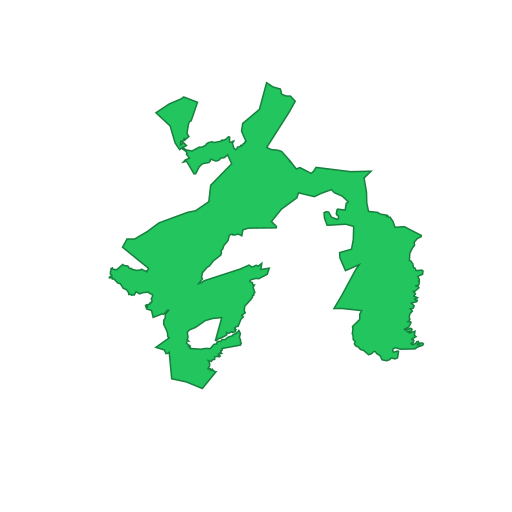 outline of Miahuatlán de Porfirio Díaz, Oaxaca, Mexico, rotated 231°
{"feature_id": "50627088B48092332426149", "entity_name": "Miahuatlán de Porfirio Díaz", "entity_type": "district", "adm_level": 2, "iso_a3": "MEX", "parent_name": "Mexico", "parent_adm1": "Oaxaca", "projection": "equal_earth", "projection_center": [-96.649, 16.361], "detail": "fine", "context": "isolated", "style": "filled", "palette": "green", "viewbox_px": 512, "rotation_deg": 231, "n_neighbors": 0, "source": "geoboundaries", "source_scale": "gbopen_adm2", "svg_char_len": 6132}
<svg xmlns="http://www.w3.org/2000/svg" viewBox="0 0 512 512"><g transform="rotate(231 256 256)"><path d="M213.6,113.2L202.1,122.5L186.8,130.9L191.2,152.0L191.9,151.2L194.2,150.9L194.6,150.0L195.7,150.7L196.1,148.5L197.3,149.4L198.6,147.8L199.8,150.9L202.1,152.6L204.9,153.1L202.1,155.1L202.8,156.5L201.7,158.9L203.6,160.3L202.5,162.7L200.7,164.0L200.7,165.2L201.7,165.1L202.0,163.9L202.6,165.3L203.5,165.1L202.0,167.8L203.3,167.4L203.2,168.6L204.7,169.2L204.2,170.5L205.5,171.4L196.5,187.9L197.6,189.8L199.1,189.7L199.9,190.9L203.3,192.0L205.6,195.1L209.7,196.0L208.5,195.2L208.4,191.7L209.3,188.7L208.8,187.8L210.6,182.9L210.5,179.3L212.4,177.0L211.8,174.7L213.1,173.5L213.6,171.4L212.5,170.2L213.8,167.6L212.8,162.2L215.9,158.7L218.2,154.6L225.7,146.5L226.6,147.7L227.9,146.7L227.9,148.1L231.8,147.0L233.4,149.2L232.4,150.1L234.5,150.0L235.5,152.0L240.0,154.6L240.4,157.9L238.6,163.8L237.7,176.0L234.6,183.2L229.7,190.6L215.9,171.4L215.2,172.2L215.4,175.2L214.5,176.2L213.3,182.0L213.2,183.9L215.0,184.9L213.0,186.4L212.5,189.6L211.4,189.5L210.2,192.3L210.6,193.1L212.0,193.0L211.6,194.1L213.5,194.1L213.4,196.8L212.6,197.8L216.3,204.5L216.7,207.9L218.9,207.6L218.6,212.6L219.1,211.7L220.9,212.6L224.0,215.5L225.4,224.4L226.3,227.5L227.3,228.4L227.0,229.8L228.4,230.8L228.3,232.1L233.6,234.1L234.4,236.6L235.8,235.3L237.6,236.5L239.7,235.0L240.6,235.5L240.7,237.1L238.7,241.7L236.6,243.9L234.7,253.1L238.2,258.7L242.4,251.3L246.7,255.9L246.7,251.4L248.7,250.3L249.8,245.9L253.3,244.9L255.9,235.3L269.4,200.1L269.6,197.3L270.7,194.1L271.9,200.0L273.9,200.4L276.7,204.0L278.0,211.1L277.5,213.3L279.0,219.6L278.9,229.3L280.3,231.2L282.0,232.1L282.4,234.6L284.3,237.5L285.6,244.0L289.0,248.5L288.0,251.3L287.2,251.1L285.8,252.5L284.2,256.0L280.6,257.7L284.5,262.2L282.4,267.7L265.1,289.5L266.1,290.5L273.1,289.7L276.4,305.3L275.5,324.3L278.3,328.8L265.4,338.7L263.7,345.9L260.1,356.4L255.9,356.7L248.2,360.7L240.3,361.8L239.9,361.5L240.2,359.3L235.6,354.2L241.1,348.9L241.0,348.2L238.7,345.3L237.3,344.6L235.3,345.2L233.5,344.0L233.2,342.2L238.6,339.1L244.5,340.1L246.3,338.4L246.8,336.1L242.4,333.1L235.1,330.6L224.3,345.7L217.5,350.5L207.5,341.9L201.2,334.5L206.0,323.1L201.6,320.0L188.3,316.3L184.3,330.8L182.7,325.0L171.2,297.4L166.1,283.5L161.0,289.9L147.1,303.7L145.5,300.0L141.4,296.7L140.5,286.6L138.3,285.4L134.8,281.7L133.4,281.6L129.8,278.9L127.2,279.4L125.9,277.2L123.5,276.9L120.7,278.3L117.7,278.3L114.8,280.2L108.4,281.4L107.4,284.0L107.6,287.4L106.7,288.6L104.0,288.4L100.4,289.7L95.9,288.7L92.4,291.6L91.4,294.4L91.5,297.0L88.5,299.3L87.8,301.9L92.1,306.7L93.0,306.4L94.3,303.0L95.3,302.2L97.4,303.4L97.4,305.4L96.5,307.1L92.8,309.4L83.8,321.0L83.6,324.0L81.7,329.4L82.4,330.8L83.5,330.7L84.9,328.9L85.0,327.7L84.3,327.1L85.4,325.7L86.1,328.1L87.5,328.4L88.2,326.8L87.6,325.6L88.2,322.4L89.6,321.2L90.5,321.6L89.7,323.5L90.7,325.3L91.7,325.6L92.9,324.5L93.4,325.0L92.6,329.7L94.7,329.2L97.5,332.2L99.6,326.7L101.8,326.2L100.0,328.3L100.5,330.9L101.7,331.2L102.6,330.6L104.5,325.3L105.7,325.3L104.7,329.9L106.6,334.4L107.7,334.8L109.4,332.7L109.8,335.6L112.5,336.9L114.3,339.4L114.7,342.8L117.9,342.8L116.7,344.5L116.6,345.9L117.8,347.6L121.7,347.0L119.5,351.8L119.6,353.0L120.3,353.5L121.5,352.2L122.7,352.2L121.9,355.3L125.5,353.5L126.3,356.2L129.4,356.0L128.6,357.3L128.8,362.7L130.6,362.7L132.6,360.9L131.0,363.9L132.2,365.8L133.1,366.7L134.3,366.6L134.2,367.5L135.1,368.3L138.5,368.8L136.9,373.9L139.3,376.4L140.6,376.1L143.8,371.3L146.4,371.9L148.1,371.2L151.2,372.9L154.6,373.2L155.9,372.4L161.2,377.1L163.7,382.5L164.5,385.9L167.1,387.6L168.0,392.2L167.1,396.5L167.9,397.4L185.5,389.7L190.8,382.1L196.6,384.2L201.8,384.6L202.8,383.3L204.2,383.7L204.6,382.5L205.3,383.4L210.2,379.1L213.6,377.8L219.8,371.5L227.4,375.4L236.0,382.0L248.6,389.1L249.5,398.8L261.9,382.7L287.1,358.4L285.7,354.2L285.4,350.9L297.1,345.8L298.3,342.1L308.2,342.3L308.1,340.9L308.5,342.3L321.2,341.7L324.8,339.3L328.9,335.0L333.6,332.6L347.1,372.8L351.6,383.9L358.6,383.4L361.1,380.4L364.8,378.1L366.8,377.9L367.6,378.9L370.5,380.0L376.7,375.6L384.0,373.3L367.8,350.9L367.4,329.1L362.1,323.3L351.2,320.3L351.6,319.0L350.8,318.0L351.3,316.8L350.5,315.2L350.6,314.1L351.5,314.1L351.1,312.4L352.2,310.3L351.3,308.2L351.5,307.0L353.8,306.7L358.4,308.6L359.3,311.0L359.9,309.9L359.6,308.8L361.3,307.2L365.0,310.3L366.0,309.8L365.7,306.6L366.5,302.9L367.5,302.8L367.5,300.4L370.6,294.8L372.4,293.8L374.1,290.3L374.3,288.0L373.7,286.6L374.6,282.4L376.3,280.5L377.9,272.3L382.5,268.4L386.5,267.3L385.6,271.5L390.9,270.9L389.6,269.0L389.8,267.2L392.5,269.7L391.5,270.8L391.5,273.5L390.7,273.5L391.0,274.3L392.1,274.2L391.0,275.4L391.0,279.0L394.8,279.6L401.3,286.9L402.2,288.9L401.9,290.8L412.3,307.3L425.1,299.9L425.2,296.9L428.8,284.1L430.3,268.4L411.1,271.1L394.8,264.3L386.7,263.6L386.6,265.9L381.2,267.5L379.2,267.1L378.9,266.0L373.9,265.8L375.2,261.6L374.7,258.6L373.3,261.7L358.8,259.5L357.9,260.9L361.1,268.2L361.4,272.4L358.3,278.2L358.5,280.0L359.7,281.7L355.0,284.6L354.4,285.8L353.8,287.6L354.2,290.2L352.4,293.2L352.4,297.6L343.0,295.1L339.5,265.3L327.9,253.5L329.2,237.5L333.0,230.3L342.8,201.4L343.4,187.1L345.6,172.3L350.4,166.5L346.8,157.8L314.0,164.7L312.4,161.3L313.4,161.5L314.1,160.3L317.8,158.7L317.6,157.9L319.9,154.2L323.5,151.3L324.4,151.5L326.1,149.9L328.9,150.1L331.9,147.3L333.3,147.1L333.0,139.0L335.8,136.5L337.1,136.9L337.4,135.1L336.0,134.5L335.6,133.2L333.2,131.2L331.4,131.7L331.0,130.7L331.9,128.9L331.3,128.3L329.6,130.6L328.5,129.9L327.8,131.1L321.9,131.6L319.8,133.1L314.4,132.5L311.4,134.1L309.1,134.1L306.2,133.2L306.3,132.3L305.6,134.1L303.6,134.7L303.3,136.1L302.3,136.7L303.7,140.4L299.9,141.6L298.5,145.3L295.6,149.7L294.0,149.7L291.2,151.3L289.0,149.1L289.0,147.9L286.0,146.6L286.2,145.6L285.6,145.0L286.2,144.0L285.4,143.5L286.5,140.8L283.9,139.2L287.0,140.0L287.1,139.0L283.6,137.7L279.4,140.5L273.0,137.4L270.2,146.3L269.1,147.3L268.9,150.3L269.8,152.6L268.8,153.5L268.9,154.8L267.7,148.7L264.9,146.4L264.2,144.0L261.0,141.3L252.7,139.2L248.9,136.7L247.0,137.1L248.0,120.7L240.7,125.6L236.7,124.6L235.5,126.9L235.7,127.9L213.6,113.2Z" fill="#22c55e" stroke="#15803d" stroke-width="1.5"/></g></svg>